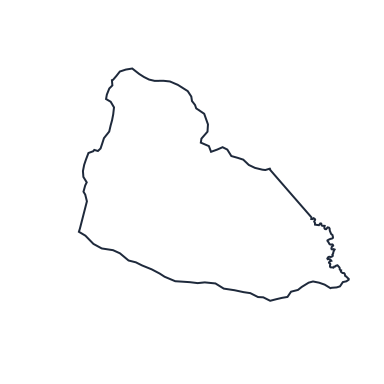 outline of Anadiou, Paphos, Cyprus, rotated 71°
{"feature_id": "46923920B35556705547114", "entity_name": "Anadiou", "entity_type": "district", "adm_level": 2, "iso_a3": "CYP", "parent_name": "Cyprus", "parent_adm1": "Paphos", "projection": "natural_earth1", "projection_center": [32.568, 34.955], "detail": "fine", "context": "isolated", "style": "outline", "palette": "slate", "viewbox_px": 384, "rotation_deg": 71, "n_neighbors": 0, "source": "geoboundaries", "source_scale": "gbopen_adm2", "svg_char_len": 2752}
<svg xmlns="http://www.w3.org/2000/svg" viewBox="0 0 384 384"><g transform="rotate(71 192 192)"><path d="M195.3,110.0L195.1,115.5L193.8,118.2L189.7,124.6L184.9,129.5L178.1,133.0L174.7,137.5L170.8,143.1L163.4,144.8L159.6,148.5L160.1,154.4L160.2,160.9L154.1,161.1L148.2,167.6L144.6,165.7L140.0,157.7L133.3,154.9L122.0,155.0L114.3,160.8L110.7,160.8L106.0,162.4L101.5,161.6L95.2,163.2L86.1,170.5L80.3,176.9L77.5,182.9L74.8,191.1L71.7,196.0L67.6,200.0L63.2,203.5L55.8,208.3L54.7,214.7L54.6,221.0L57.7,225.8L60.2,230.1L60.2,231.3L65.3,232.6L67.2,236.5L72.2,240.8L76.1,243.0L80.2,239.5L86.6,238.2L92.9,241.2L98.1,244.2L102.5,247.2L107.9,250.6L112.4,257.7L117.2,261.3L121.1,264.3L122.6,267.6L120.4,270.7L121.3,272.1L121.4,277.2L126.8,281.7L131.2,285.1L136.7,288.3L142.4,289.8L148.6,288.4L151.1,290.9L156.4,294.5L159.7,293.8L166.6,294.4L176.0,300.6L190.1,309.9L192.8,311.9L198.6,307.0L209.0,302.1L216.0,295.7L221.3,285.6L226.5,280.1L236.1,274.3L240.2,268.0L245.2,263.1L252.0,255.3L258.6,249.1L263.2,245.5L270.9,236.9L273.6,230.4L276.6,223.3L280.0,216.3L281.6,209.4L286.1,199.6L293.7,193.4L298.7,183.8L303.5,175.8L306.6,169.8L312.8,163.8L314.8,158.9L320.3,153.5L320.8,147.3L321.4,141.3L322.3,135.9L318.5,130.8L319.1,123.7L317.5,119.2L315.7,111.2L316.0,106.7L319.1,101.4L322.8,96.7L328.0,92.4L328.0,91.3L329.3,86.3L329.4,82.8L326.3,78.7L326.7,75.1L326.0,72.5L325.3,72.1L324.9,72.3L323.9,72.8L323.2,73.2L322.4,73.5L322.0,73.7L321.6,74.3L321.0,74.5L320.6,74.4L319.6,74.3L318.9,74.3L318.1,74.7L317.9,75.3L317.6,76.0L316.7,76.7L315.9,77.1L315.4,77.1L314.6,76.5L314.0,77.2L313.8,77.3L313.5,77.4L313.3,77.5L312.9,77.4L312.0,77.1L311.3,77.2L310.3,77.6L309.4,78.0L308.8,78.2L308.6,78.4L308.6,80.0L308.9,80.4L309.1,80.9L308.8,81.8L309.1,82.2L309.4,82.5L309.6,83.0L308.9,83.9L308.5,85.2L308.2,85.6L307.6,85.8L307.1,85.7L306.2,85.3L305.7,85.0L305.3,84.7L304.7,84.7L304.1,85.3L303.4,85.5L303.1,85.3L302.4,84.2L302.4,82.7L300.8,83.2L299.9,84.5L299.8,85.5L299.5,85.6L299.0,85.7L298.7,85.4L298.3,84.9L297.9,84.2L297.9,83.3L298.5,82.3L298.7,81.1L298.4,79.9L297.7,79.5L297.4,79.7L297.0,79.7L296.0,78.5L295.3,78.2L294.1,77.3L292.8,75.9L292.1,76.7L292.1,77.6L291.6,78.6L290.8,78.6L289.4,77.7L288.7,76.0L287.9,76.0L287.3,76.3L286.7,78.4L285.6,79.1L284.3,79.2L282.5,79.8L281.9,79.7L281.6,78.6L281.4,76.3L281.6,74.9L281.4,73.9L280.7,73.4L278.4,73.2L277.0,74.1L275.5,74.2L273.8,74.3L272.9,74.2L271.3,73.8L270.3,74.1L269.6,75.3L270.8,77.2L270.6,77.9L270.3,78.3L269.6,78.6L268.3,78.3L267.2,77.6L266.9,78.2L266.6,79.3L266.1,80.1L265.8,80.2L265.3,80.3L264.0,80.1L263.7,80.3L263.5,81.0L264.7,82.8L262.9,86.3L261.2,85.8L259.8,86.1L258.3,84.6L257.4,84.7L256.4,85.5L256.9,86.6L256.4,88.0L254.9,87.3L223.3,100.1L195.8,111.2L195.3,110.0Z" fill="none" stroke="#1e293b" stroke-width="2"/></g></svg>